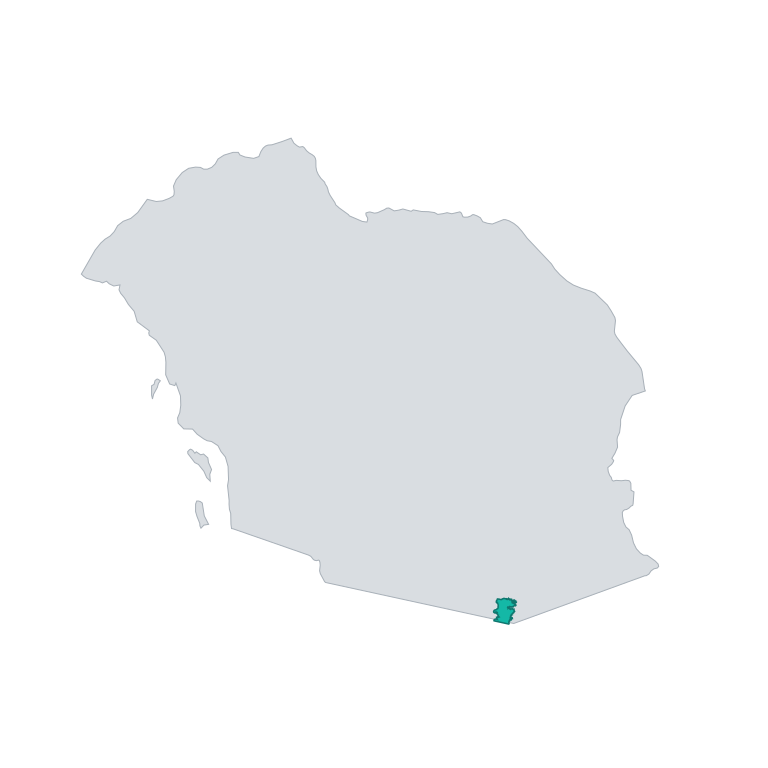 Rorya, Mara, United Republic of Tanzania shown in context, rotated 160°
{"feature_id": "72390352B17164070988815", "entity_name": "Rorya", "entity_type": "district", "adm_level": 2, "iso_a3": "TZA", "parent_name": "United Republic of Tanzania", "parent_adm1": "Mara", "projection": "robinson", "projection_center": [33.963, -1.299], "detail": "fine", "context": "in_parent", "style": "filled", "palette": "teal", "viewbox_px": 768, "rotation_deg": 160, "n_neighbors": 0, "source": "geoboundaries", "source_scale": "gbopen_adm2", "svg_char_len": 8423}
<svg xmlns="http://www.w3.org/2000/svg" viewBox="0 0 768 768"><g transform="rotate(160 384 384)"><path d="M297.0,537.6L289.8,533.3L283.3,530.7L277.9,527.8L275.5,525.0L270.4,523.9L266.1,523.4L262.1,520.8L253.8,519.8L252.8,518.1L252.7,514.2L251.3,513.2L248.2,512.2L245.0,512.2L243.0,512.8L241.8,512.5L239.1,510.2L236.6,507.3L235.7,502.7L231.9,499.7L227.5,497.3L215.4,497.6L213.5,496.8L210.6,494.5L207.2,490.6L204.5,486.2L202.1,480.1L199.6,472.0L185.6,439.6L184.2,433.5L181.4,426.7L176.9,418.3L172.2,412.2L165.8,406.5L158.5,400.9L154.6,397.2L147.1,381.9L145.5,374.8L144.3,367.4L144.8,364.4L149.5,354.8L149.9,352.1L149.3,348.5L147.0,340.9L144.1,331.7L138.1,314.9L137.2,310.7L137.3,307.5L140.8,290.4L140.8,288.1L154.7,288.4L164.9,280.9L173.8,269.7L175.5,265.1L179.2,257.9L182.7,254.4L184.1,251.9L186.1,244.8L190.7,239.9L195.3,236.2L194.3,233.6L195.0,232.6L197.5,230.7L202.3,228.9L203.2,225.2L203.2,221.0L202.4,218.6L202.6,215.9L201.8,214.4L198.7,214.0L194.0,211.9L190.1,211.0L187.4,209.7L186.4,208.8L186.0,206.3L188.2,199.7L186.0,197.1L190.9,186.2L191.8,184.9L193.5,184.8L196.3,183.6L198.9,183.1L201.0,183.5L202.6,183.0L204.0,181.8L205.1,178.1L206.1,172.0L205.6,167.0L203.5,163.2L203.0,157.3L203.9,149.4L203.2,142.8L201.0,137.5L198.7,134.4L195.2,133.0L189.7,124.9L188.0,121.1L188.3,118.6L190.2,117.6L193.7,118.0L197.0,117.0L200.1,114.8L203.1,114.2L204.6,114.6L344.0,114.6L506.7,217.4L507.4,218.6L508.7,227.5L508.4,230.5L505.9,235.6L505.2,238.3L505.1,240.1L505.7,240.9L507.9,241.1L509.7,242.3L510.4,243.3L511.7,247.1L513.5,249.1L575.3,299.5L576.7,300.3L575.8,304.5L572.3,314.8L572.1,319.1L570.7,324.1L569.4,327.4L565.8,341.9L562.8,347.3L558.7,359.9L558.0,369.6L560.3,376.4L561.1,382.8L565.8,389.0L569.6,391.2L572.2,394.1L576.7,400.6L579.3,407.1L587.5,410.3L590.8,417.6L589.6,422.7L585.7,426.9L582.2,433.6L579.3,442.5L579.2,456.1L581.1,454.0L585.4,457.3L586.0,467.3L581.5,479.0L580.1,484.4L579.8,489.1L583.0,503.0L587.9,510.1L587.6,512.4L586.3,514.2L594.6,526.8L593.9,537.7L597.0,546.2L598.4,553.6L600.4,559.2L600.8,563.1L598.2,567.4L604.4,568.5L607.9,572.1L609.6,575.5L614.0,575.3L616.4,577.6L619.9,579.5L627.5,585.2L629.5,588.1L630.8,590.8L609.6,608.7L602.0,613.3L596.6,615.5L590.8,616.7L585.3,619.5L580.1,623.9L573.4,626.1L565.3,626.2L556.8,629.3L543.3,638.5L535.6,633.4L529.4,631.8L522.4,631.9L518.1,632.6L516.6,633.7L515.2,636.8L514.1,642.0L509.4,647.0L501.3,651.7L493.8,653.5L487.0,652.3L482.4,650.3L480.0,647.6L476.5,646.3L471.8,646.5L467.3,648.5L463.0,652.2L456.1,653.8L446.7,653.3L441.7,651.5L441.0,648.4L436.9,644.8L429.3,640.6L423.8,640.5L420.2,644.5L416.9,647.0L414.0,648.1L411.3,648.2L407.5,647.1L397.1,646.7L387.2,646.8L386.3,641.1L384.2,637.6L382.4,635.5L379.1,634.9L378.1,633.3L377.0,629.7L375.3,626.7L373.1,624.1L371.7,621.8L371.3,619.6L371.6,617.3L373.7,611.3L374.4,607.3L374.1,603.2L373.0,598.9L370.7,593.8L370.9,592.4L370.1,588.9L370.1,586.5L370.5,583.5L370.1,579.6L368.1,571.1L368.1,568.9L365.9,564.8L359.4,555.2L359.1,553.9L348.8,544.2L344.7,542.0L343.2,543.9L342.6,545.5L343.1,548.7L342.8,550.2L342.4,550.9L339.9,550.8L338.4,550.5L334.5,547.8L331.5,547.2L324.0,547.7L321.3,548.3L319.2,547.7L315.2,543.2L310.6,542.3L306.4,542.0L299.4,537.0L297.0,537.6ZM588.7,374.9L592.1,385.6L591.6,387.6L589.2,388.8L588.0,388.9L586.5,387.2L585.4,383.6L583.6,384.5L580.5,380.2L577.5,379.9L574.8,374.8L575.8,370.3L575.3,362.6L578.6,358.7L580.5,352.1L582.6,356.6L583.1,363.6L585.9,371.9L588.7,374.9ZM605.3,311.1L605.5,313.6L604.8,316.0L605.0,323.6L604.7,328.6L602.1,335.6L600.0,338.1L598.2,337.4L596.7,336.2L595.5,334.3L598.0,321.5L596.8,312.1L601.5,313.0L605.3,311.1ZM597.9,465.6L595.5,466.3L594.6,465.6L593.1,463.5L595.7,461.8L598.2,458.3L604.0,453.2L606.7,449.1L606.2,453.1L603.0,461.8L600.2,462.3L597.9,465.6Z" fill="#d9dde1" stroke="#a8b0b8" stroke-width="1"/><path d="M352.2,139.4L352.3,138.9L352.2,138.4L352.2,138.1L352.2,137.7L352.4,137.1L352.6,136.2L352.9,135.8L353.1,135.6L353.2,134.8L354.0,134.1L354.6,134.1L355.2,133.7L355.7,133.6L357.1,133.7L357.7,133.7L358.5,133.1L358.8,132.8L358.9,132.4L358.8,132.2L358.9,131.9L358.7,131.7L358.5,131.2L358.2,131.0L357.9,130.9L357.6,130.7L357.6,131.2L357.0,131.5L356.7,131.6L356.4,131.2L356.2,131.1L356.0,130.8L355.7,130.6L355.7,130.4L355.9,130.5L356.1,130.4L356.2,130.5L356.5,130.5L356.7,130.3L356.5,129.8L356.5,129.5L356.2,128.9L356.0,127.8L355.7,127.6L355.9,127.4L356.0,127.1L356.3,126.8L356.3,126.6L356.1,126.3L355.7,126.1L355.5,125.7L355.8,125.7L356.5,125.9L356.6,125.7L356.8,125.7L357.0,125.9L357.4,126.3L357.9,126.3L358.0,126.3L358.0,126.2L358.1,125.5L358.2,124.7L358.1,124.1L359.1,124.9L360.0,125.1L360.6,124.8L361.4,124.6L361.5,124.3L361.6,123.8L349.0,115.8L348.8,115.9L348.8,116.1L348.7,116.2L348.4,116.1L348.3,116.6L348.3,117.4L348.1,117.7L347.9,117.6L347.7,117.8L347.8,117.9L347.8,118.0L347.6,118.3L347.4,118.3L347.2,118.3L347.2,118.5L347.1,118.8L346.9,119.1L346.7,119.2L346.4,119.1L346.3,118.8L346.1,119.0L346.2,119.7L346.0,120.0L345.8,120.0L345.7,119.5L345.4,119.7L345.4,119.2L345.2,119.0L345.0,119.4L344.9,119.3L344.8,119.6L344.8,119.8L344.7,120.0L344.4,120.0L344.5,119.6L344.4,119.5L344.2,119.6L343.9,119.8L343.6,119.7L343.6,120.0L343.5,120.4L343.5,120.6L343.8,120.8L344.0,120.7L344.1,120.8L344.4,120.7L344.5,120.9L344.7,120.7L344.9,120.7L345.2,120.9L345.3,121.2L345.2,121.5L344.9,121.6L344.8,121.8L344.6,121.8L344.6,122.0L344.5,122.3L344.4,122.7L344.2,122.9L343.7,123.1L343.6,122.9L343.4,123.1L343.3,123.3L343.2,123.3L343.3,123.4L343.3,123.6L343.2,123.8L342.9,123.9L342.7,123.7L342.6,123.8L342.1,124.2L341.9,124.2L341.6,124.4L341.4,124.3L341.1,124.8L340.9,124.9L340.7,124.9L340.4,124.8L340.3,125.0L340.1,125.0L339.9,125.4L339.6,125.4L339.4,125.5L339.5,125.7L339.4,125.9L339.3,126.0L339.1,126.0L339.2,126.3L339.2,126.5L339.2,126.9L338.9,127.1L338.7,127.1L338.9,127.2L339.0,127.3L339.0,127.5L338.9,127.7L339.0,127.7L339.0,127.9L339.1,128.1L339.3,128.1L339.7,128.2L339.8,128.1L340.0,128.2L340.1,128.4L340.2,128.5L340.2,128.9L340.2,129.0L340.3,129.1L340.5,129.1L340.9,129.1L341.1,129.1L341.3,129.1L341.5,129.2L341.8,129.0L341.9,128.9L342.1,128.9L342.1,129.0L342.1,129.3L342.2,129.7L342.7,129.5L342.9,129.8L343.0,130.4L343.2,130.6L343.4,130.6L343.5,130.5L343.4,130.6L343.4,130.8L343.7,130.7L343.9,130.9L344.1,130.8L344.0,131.1L344.0,131.3L344.2,131.5L344.3,131.6L344.1,131.8L344.0,132.1L343.9,132.1L343.9,131.9L343.6,131.8L343.0,131.4L342.6,131.4L342.3,131.9L342.1,132.0L342.0,131.9L342.1,132.0L342.0,131.9L342.0,131.7L342.1,131.4L341.8,131.3L341.7,131.2L341.5,131.3L341.3,131.5L340.7,131.1L340.6,130.8L340.4,130.8L340.2,130.9L340.0,130.7L339.7,130.7L339.4,130.7L339.2,130.5L338.9,130.7L339.0,130.8L338.9,130.9L338.7,130.9L338.6,130.6L338.3,130.8L338.2,130.7L337.7,131.0L337.2,131.2L336.9,131.2L336.6,131.0L336.4,130.8L336.3,131.0L335.9,130.9L335.9,131.0L335.7,131.6L335.8,132.2L336.1,132.3L336.3,132.1L336.5,132.1L336.6,132.4L336.4,132.6L336.5,132.8L336.6,133.1L336.7,133.4L336.8,133.4L337.0,133.4L337.2,133.5L336.9,134.0L337.0,134.3L337.5,134.0L337.7,134.3L338.3,134.4L338.4,134.6L338.4,134.8L338.1,135.1L337.9,135.1L337.2,135.0L336.8,135.3L336.7,135.3L336.6,135.0L336.7,134.6L336.3,134.4L336.2,134.0L335.8,134.4L335.7,134.3L335.7,134.2L335.6,134.3L335.5,134.5L335.0,134.7L335.0,135.0L335.1,135.6L335.2,136.2L335.3,136.4L335.5,136.5L336.2,136.6L336.4,136.4L336.5,136.4L336.8,136.4L336.8,136.5L337.0,136.5L337.2,136.3L337.3,136.2L337.5,136.0L337.8,136.1L338.3,136.5L338.4,137.2L338.4,137.3L338.2,137.4L338.6,137.6L338.7,138.3L338.8,138.5L339.1,138.6L339.2,138.9L339.3,138.9L339.5,138.5L339.8,138.4L339.8,138.5L340.0,138.8L340.1,139.1L340.1,139.6L340.2,139.8L340.3,139.8L340.3,140.0L340.5,139.9L340.8,139.5L341.3,139.2L341.6,139.2L342.0,139.4L342.3,139.6L341.9,140.0L342.0,140.2L342.6,140.5L342.9,140.6L343.4,140.7L344.0,141.1L344.3,141.4L344.5,141.5L345.1,141.6L345.5,141.5L346.4,141.6L346.6,141.4L347.0,141.4L347.2,141.2L347.3,141.2L348.3,141.6L348.4,141.8L348.7,142.0L349.1,142.3L349.3,142.4L349.5,142.4L349.6,142.6L349.9,142.7L350.2,142.9L350.8,143.2L351.0,143.2L351.7,142.3L352.4,141.9L352.6,141.6L352.5,141.3L352.5,141.1L352.8,140.8L353.0,140.8L353.1,140.5L352.9,140.3L352.9,140.0L352.7,140.0L352.5,139.8L352.4,139.5L352.2,139.4ZM334.8,133.5L334.6,133.5L334.3,133.7L334.4,133.8L334.4,134.0L334.7,134.1L334.9,134.0L335.0,133.8L334.8,133.5ZM334.8,134.5L334.7,134.4L334.7,134.6L334.4,134.9L334.5,135.0L334.6,134.9L334.6,134.7L334.8,134.6L334.8,134.5ZM338.3,138.1L338.1,137.9L338.0,138.1L338.3,138.1Z" fill="#14b8a6" stroke="#0f766e" stroke-width="1.5"/></g></svg>